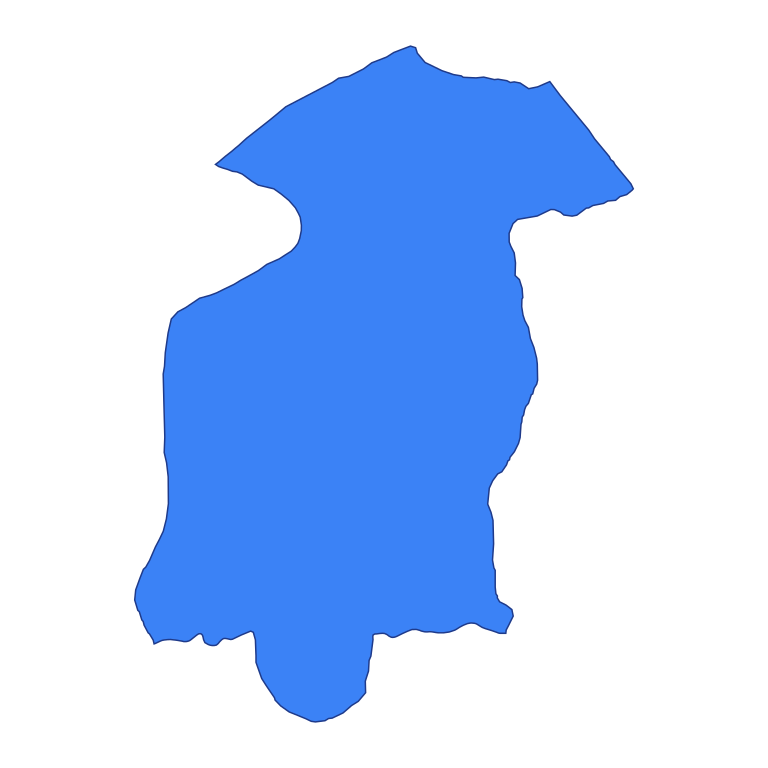 outline of San Agustín Acasaguastlán, El Progreso, Guatemala
{"feature_id": "79465075B82802507944465", "entity_name": "San Agustín Acasaguastlán", "entity_type": "district", "adm_level": 2, "iso_a3": "GTM", "parent_name": "Guatemala", "parent_adm1": "El Progreso", "projection": "robinson", "projection_center": [-89.983, 15.017], "detail": "fine", "context": "isolated", "style": "filled", "palette": "blue", "viewbox_px": 768, "rotation_deg": 0, "n_neighbors": 0, "source": "geoboundaries", "source_scale": "gbopen_adm2", "svg_char_len": 3967}
<svg xmlns="http://www.w3.org/2000/svg" viewBox="0 0 768 768"><path d="M505.8,633.3L506.2,630.0L508.6,625.4L513.2,616.1L511.9,609.6L506.1,605.1L499.6,601.8L497.3,597.9L497.4,596.0L495.9,593.7L495.2,587.1L495.2,570.3L493.9,567.9L492.5,560.0L493.6,543.9L493.0,520.4L491.0,512.3L487.7,504.1L489.3,488.1L492.7,480.7L497.7,473.9L501.8,471.8L506.5,464.9L507.9,460.9L509.5,459.8L510.0,457.3L514.4,451.7L518.5,443.4L520.1,437.6L521.0,424.3L521.8,421.9L522.2,417.1L523.6,415.0L524.6,409.7L525.9,406.3L528.4,403.3L531.3,394.7L532.7,393.9L534.1,388.3L536.7,384.1L537.6,380.2L537.3,364.1L536.6,358.1L533.9,347.4L530.4,338.5L528.4,327.4L524.8,320.6L523.0,315.0L521.7,306.7L521.9,299.2L522.8,297.6L522.1,288.3L519.4,279.6L515.1,275.5L515.5,262.9L514.2,252.9L510.8,246.2L509.2,242.0L509.1,233.3L513.0,223.6L517.6,219.4L537.3,216.0L550.8,209.5L554.4,209.6L560.5,212.1L563.8,215.0L572.1,216.1L576.8,215.2L586.3,208.1L588.7,207.9L592.9,205.5L603.6,203.4L607.8,201.0L615.6,200.3L619.9,196.6L626.7,194.6L632.0,190.3L633.3,188.8L630.9,183.8L615.0,164.6L613.5,161.7L610.6,159.5L609.3,156.6L594.6,138.9L588.7,130.0L560.2,95.5L549.8,81.6L537.5,86.9L528.7,88.7L520.1,83.0L514.2,81.9L510.3,82.5L506.9,80.7L498.0,79.2L494.4,79.6L483.7,77.1L476.0,77.9L463.3,77.3L461.3,75.9L453.6,74.6L442.0,70.7L425.1,62.5L417.3,53.2L415.6,47.7L410.5,46.1L400.5,49.9L393.8,52.5L386.5,57.1L371.8,62.8L363.4,69.0L348.8,76.4L338.6,78.2L333.5,81.7L332.1,82.6L285.9,106.7L272.9,117.5L267.7,121.7L246.9,138.0L243.0,141.5L238.8,145.4L235.7,147.9L232.0,151.1L225.5,156.2L218.8,161.9L215.5,164.4L218.6,166.5L222.8,168.0L227.6,169.4L232.5,171.3L237.0,171.9L242.3,174.1L251.8,181.2L258.2,185.1L273.8,188.8L281.4,194.2L289.0,200.5L295.4,207.8L298.3,213.1L300.2,217.1L301.4,225.2L301.3,230.6L299.7,238.5L298.3,242.3L297.8,243.5L295.1,247.1L291.2,251.2L285.2,255.0L279.2,258.9L266.8,264.4L258.4,270.6L248.3,276.2L241.0,280.1L234.0,284.4L224.6,288.9L216.5,292.9L210.1,295.3L199.6,298.2L185.7,307.6L177.9,311.8L171.3,319.0L168.1,333.0L165.3,352.6L164.5,366.3L163.2,374.0L164.0,407.2L164.8,437.1L164.2,452.5L166.6,462.9L168.2,476.8L168.4,503.7L166.4,518.9L163.3,531.2L159.5,539.2L155.4,547.0L149.6,560.4L145.8,567.1L143.4,569.3L139.9,578.3L135.7,589.9L134.7,600.0L137.8,610.3L139.3,611.7L141.8,619.9L143.2,621.5L144.1,625.2L148.2,632.9L149.5,633.9L153.2,640.1L154.1,643.9L155.2,643.5L158.2,642.1L160.5,641.0L162.1,640.4L164.0,640.0L167.6,639.6L170.5,639.5L173.0,639.8L175.8,640.1L177.8,640.4L182.3,641.2L183.9,641.6L185.3,641.6L186.8,641.5L188.7,641.0L189.8,640.5L191.2,639.5L193.7,637.5L196.7,635.1L198.7,633.8L200.4,633.7L201.5,634.1L202.5,635.3L203.0,636.9L203.6,639.7L204.9,642.6L208.2,644.5L210.2,645.2L212.0,645.5L214.3,645.5L216.3,645.1L217.6,644.1L218.5,643.2L219.5,641.9L221.7,639.7L223.4,638.6L224.9,638.4L227.1,638.7L229.3,639.2L230.8,639.5L232.5,639.2L241.5,634.9L250.7,631.1L253.3,632.3L255.4,639.8L256.0,655.6L256.0,662.3L257.4,666.3L261.7,678.5L266.1,685.4L269.0,689.7L274.5,697.8L275.1,700.1L280.8,706.0L289.1,711.9L305.8,718.7L311.2,721.3L315.4,721.9L325.0,720.7L328.6,718.5L332.2,718.1L343.1,712.9L351.6,705.5L358.3,701.3L365.6,692.7L365.3,681.2L368.5,671.1L369.1,660.4L370.9,656.1L373.0,639.6L372.9,638.4L372.8,636.6L373.1,635.0L374.7,634.0L376.7,633.9L378.1,633.7L379.5,633.5L380.8,633.4L382.7,633.3L384.6,633.5L386.2,634.2L387.2,634.7L389.0,636.1L391.2,637.2L392.8,637.4L394.8,637.1L396.7,636.4L402.3,633.6L407.6,631.2L408.7,630.8L410.4,630.1L412.1,629.5L413.4,629.5L415.6,629.4L416.8,629.5L418.1,629.9L419.9,630.4L421.2,631.0L424.6,631.8L427.0,631.9L429.7,631.7L431.5,631.8L433.6,632.1L435.8,632.5L438.3,632.8L440.5,632.8L443.6,632.8L449.2,632.0L451.4,631.3L454.9,630.1L457.0,628.9L459.3,627.4L461.3,626.3L463.4,625.2L467.4,623.6L470.0,623.1L471.3,623.0L472.6,623.1L474.6,623.3L476.3,623.8L477.8,624.7L479.7,625.9L482.2,627.4L483.5,627.9L485.3,628.6L487.3,629.2L492.1,630.7L494.1,631.4L496.7,632.3L498.4,633.0L500.0,633.3L502.0,633.3L505.8,633.3Z" fill="#3b82f6" stroke="#1e3a8a" stroke-width="1.5"/></svg>